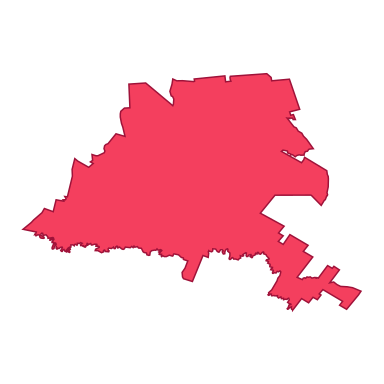 Cermei, Arad, Romania
{"feature_id": "2599482B93088674454934", "entity_name": "Cermei", "entity_type": "district", "adm_level": 2, "iso_a3": "ROU", "parent_name": "Romania", "parent_adm1": "Arad", "projection": "robinson", "projection_center": [21.826, 46.539], "detail": "fine", "context": "isolated", "style": "filled", "palette": "rose", "viewbox_px": 384, "rotation_deg": 0, "n_neighbors": 0, "source": "geoboundaries", "source_scale": "gbopen_adm2", "svg_char_len": 5958}
<svg xmlns="http://www.w3.org/2000/svg" viewBox="0 0 384 384"><path d="M292.6,310.3L301.6,298.6L308.6,302.8L313.0,297.3L317.4,299.7L321.0,295.0L319.2,293.9L322.9,289.6L342.6,301.3L339.6,305.2L346.6,309.3L358.5,294.9L361.0,291.2L352.6,287.7L347.4,286.8L340.6,286.4L337.0,284.6L333.7,282.0L329.7,282.8L339.4,269.9L333.9,266.3L332.3,268.3L327.6,265.6L318.3,278.1L316.8,277.6L316.5,278.2L316.0,278.2L315.1,277.4L311.9,278.1L310.3,276.9L308.2,277.3L307.0,276.9L305.6,278.3L304.7,277.8L303.3,278.1L302.3,279.6L297.1,277.3L312.8,257.0L303.3,251.4L308.1,245.3L289.9,234.6L283.2,244.4L278.3,241.4L283.2,235.8L278.5,233.0L284.1,226.2L260.3,213.2L275.0,195.2L310.6,195.1L311.3,195.3L321.2,205.4L324.4,200.2L325.3,199.7L326.7,195.9L327.2,195.8L327.6,194.8L327.0,192.7L328.2,186.9L328.4,178.8L328.2,176.4L327.3,174.4L326.8,170.7L304.6,157.3L303.7,159.9L301.5,162.7L281.4,151.4L283.0,150.1L287.3,151.0L287.6,151.5L287.6,152.9L290.7,154.0L290.6,154.9L292.5,154.7L295.2,156.8L296.8,155.5L299.2,154.8L300.6,155.2L304.1,155.1L304.2,153.7L305.3,151.6L307.5,151.2L308.6,149.5L309.4,149.1L313.3,148.7L306.6,139.3L303.5,136.2L301.8,133.2L298.2,131.1L296.3,127.9L293.9,126.8L287.1,118.1L289.5,118.5L289.4,118.1L292.7,118.2L293.1,119.6L295.4,119.6L293.4,114.6L290.7,115.2L289.6,111.9L299.7,109.3L289.4,79.2L271.7,80.8L271.1,77.4L266.8,73.7L230.3,76.3L230.0,77.5L230.2,79.3L230.9,81.2L225.6,81.8L224.9,75.9L194.2,79.0L194.6,81.2L193.8,81.6L182.5,80.7L176.8,80.8L172.8,79.0L172.0,84.2L169.9,91.3L171.2,95.9L172.6,96.5L173.8,99.1L173.4,104.2L172.8,105.7L145.7,83.0L128.9,84.1L129.9,107.8L124.4,108.1L120.8,111.3L120.3,113.8L120.3,117.1L121.5,123.4L122.8,127.1L125.0,136.4L116.0,133.8L108.0,143.7L105.9,144.5L104.6,145.8L104.0,148.7L104.9,151.0L104.3,152.7L98.0,155.7L96.1,155.8L92.0,154.5L92.6,160.4L90.4,161.9L93.2,163.5L88.7,167.3L77.8,161.1L74.8,158.6L72.1,169.4L72.4,176.2L67.4,196.8L64.8,196.5L66.1,198.7L65.5,199.7L63.3,199.8L63.9,200.4L63.9,201.2L56.1,199.8L53.2,211.7L44.4,208.5L42.0,212.7L33.6,220.0L31.4,222.4L23.0,229.3L36.3,232.0L35.6,234.1L34.9,234.1L34.7,234.6L35.3,234.4L36.0,235.8L37.8,234.8L39.3,234.9L40.1,237.5L41.1,238.1L43.3,238.4L44.2,238.0L43.9,237.1L41.0,235.4L40.9,234.0L41.8,233.1L42.7,233.3L42.9,234.6L43.5,235.3L46.0,234.8L47.8,236.8L48.0,238.3L52.9,237.5L53.3,237.8L53.2,238.3L50.1,239.1L49.8,240.1L50.6,240.2L53.7,238.8L53.9,239.6L52.8,240.2L53.0,241.1L52.0,241.8L52.0,242.5L55.6,243.0L56.2,244.2L55.4,244.7L54.5,244.0L53.5,244.1L52.1,247.5L52.1,248.7L52.8,249.1L54.0,248.5L54.4,246.2L55.2,245.6L56.4,246.3L56.0,247.9L56.9,249.1L57.3,249.0L57.6,248.1L58.9,248.6L60.6,247.3L62.1,247.1L62.4,247.7L60.7,250.5L61.5,251.4L62.3,251.4L62.9,249.9L63.9,249.4L64.8,251.1L66.3,251.8L66.3,250.1L66.9,249.7L67.3,251.5L69.5,252.4L69.9,252.0L69.7,251.2L67.9,249.7L67.5,248.7L67.9,248.3L69.6,249.6L70.3,249.4L70.0,248.3L69.0,247.5L69.6,247.1L70.3,247.4L70.9,247.1L70.9,244.9L72.9,244.8L74.2,245.8L74.6,244.5L75.2,244.2L77.0,245.2L77.4,244.6L77.3,243.3L79.6,243.4L80.6,242.6L82.2,243.3L80.5,244.8L80.7,245.6L83.1,245.6L82.9,246.2L85.1,247.2L85.6,246.8L85.0,246.3L85.2,245.9L87.5,245.3L86.8,244.2L87.2,243.4L88.7,244.4L90.7,243.5L91.3,244.9L91.8,245.1L94.6,244.2L96.8,244.3L97.0,245.0L96.0,245.6L95.9,246.2L98.6,246.3L99.1,246.6L99.2,247.4L95.6,249.2L95.2,250.6L98.0,250.7L101.5,252.7L103.5,251.9L103.5,250.6L104.3,250.0L104.8,250.2L105.3,251.5L108.7,251.8L109.1,250.9L108.2,250.2L108.2,248.6L108.7,248.1L111.5,248.5L113.5,247.1L114.1,248.5L114.9,248.7L115.3,248.4L115.8,246.8L116.9,246.1L117.6,246.4L117.4,247.6L117.8,248.0L119.6,247.1L121.7,248.9L123.1,249.4L124.3,248.9L125.3,247.1L130.3,247.7L131.8,246.4L133.1,247.6L134.0,246.1L134.8,247.2L137.4,246.6L138.5,248.0L141.4,248.3L143.1,251.8L144.1,252.5L146.5,253.0L146.9,254.8L148.9,255.4L149.8,255.1L150.2,252.2L151.5,250.7L154.6,250.1L155.9,250.3L157.0,248.9L158.1,250.2L160.7,249.6L161.8,250.4L161.4,251.1L159.7,251.3L158.7,252.0L159.3,252.5L160.4,252.1L159.0,254.1L159.5,254.5L161.5,254.3L161.2,255.9L161.7,256.6L162.8,255.7L164.3,256.6L166.3,256.6L169.3,255.2L172.4,256.1L173.0,255.8L173.5,254.2L174.0,253.9L178.5,254.8L181.4,257.5L183.2,257.8L183.5,258.4L183.3,259.1L183.8,259.6L187.8,260.9L185.0,268.2L182.1,272.4L182.5,276.9L183.5,278.7L192.4,281.5L203.0,255.5L208.2,257.4L208.7,253.3L208.3,251.8L208.8,250.7L209.1,251.1L211.7,251.8L212.7,250.9L212.8,248.8L215.7,249.1L217.2,251.4L218.4,252.1L219.1,252.1L220.5,249.8L222.2,249.7L223.2,250.9L222.3,251.7L222.4,252.3L223.3,254.0L223.8,254.0L224.8,253.7L224.9,251.6L226.1,249.4L227.4,248.8L227.9,249.2L227.8,251.3L229.9,253.0L229.9,255.9L229.1,258.4L229.2,259.0L230.0,259.5L230.7,259.2L231.9,257.8L232.7,257.6L233.7,259.1L235.4,259.0L238.2,259.9L239.4,258.5L240.7,258.0L240.3,255.7L242.2,256.2L243.5,255.9L243.6,255.5L242.9,254.5L245.8,252.7L246.4,253.0L246.1,255.5L246.6,256.5L247.8,256.5L248.8,255.1L250.9,254.5L251.3,255.1L250.1,256.6L251.9,257.7L252.4,257.4L252.4,256.3L255.6,254.6L255.4,253.6L255.7,253.2L257.1,253.9L257.4,252.5L257.9,252.3L258.5,252.6L259.0,253.9L260.6,254.2L262.5,252.2L263.4,252.0L263.8,252.3L263.6,253.8L266.0,254.6L266.6,255.9L269.0,258.4L269.1,259.0L266.5,259.8L266.1,260.7L268.4,261.4L268.5,261.8L267.7,263.1L270.1,264.3L270.2,265.3L269.7,265.9L269.9,266.8L272.5,267.4L272.4,268.1L271.1,268.8L270.7,269.7L273.3,270.3L273.4,270.9L272.5,272.2L272.6,273.3L273.1,273.4L274.4,272.7L276.0,273.0L277.2,271.4L278.6,271.8L279.6,271.0L280.3,271.1L280.8,271.9L279.9,275.6L277.9,278.1L277.0,280.9L271.7,289.9L268.6,292.7L268.8,294.1L268.0,294.8L268.5,295.3L269.3,295.1L269.7,294.1L270.7,294.0L271.4,294.1L271.2,295.0L271.7,295.8L274.1,295.5L274.9,295.9L277.5,295.6L277.3,296.6L278.5,298.0L280.9,296.9L281.4,298.7L283.5,298.3L283.6,299.7L285.3,299.2L287.1,299.4L287.5,298.7L288.7,298.2L289.3,299.9L287.6,302.4L289.5,303.7L290.7,303.9L290.9,304.5L289.0,305.0L288.1,307.7L287.2,308.6L287.5,309.2L288.0,309.2L289.0,308.5L289.2,307.7L291.5,306.8L291.2,308.2L291.6,309.2L292.5,309.5L292.6,310.3Z" fill="#f43f5e" stroke="#9f1239" stroke-width="1.5"/></svg>